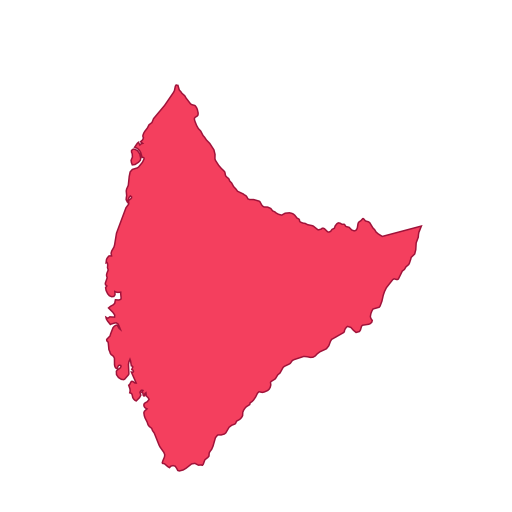 the border of Nampula, rotated 164°
{"feature_id": "MOZ-1200", "entity_name": "Nampula", "entity_type": "Province", "adm_level": 1, "iso_a3": "MOZ", "parent_name": "Mozambique", "parent_adm1": "", "projection": "equal_earth", "projection_center": [39.254, -15.162], "detail": "fine", "context": "isolated", "style": "filled", "palette": "rose", "viewbox_px": 512, "rotation_deg": 164, "n_neighbors": 0, "source": "natural_earth", "source_scale": "10m", "svg_char_len": 6127}
<svg xmlns="http://www.w3.org/2000/svg" viewBox="0 0 512 512"><g transform="rotate(164 256 256)"><path d="M397.5,76.4L398.9,77.9L401.3,81.6L403.0,82.4L403.1,83.1L402.0,84.8L399.4,88.0L398.5,90.1L398.7,92.6L400.9,98.9L401.3,100.9L402.6,113.8L403.6,116.7L403.8,119.1L405.6,121.6L406.3,123.5L406.4,126.3L407.3,131.0L407.4,133.3L407.0,136.2L406.1,137.5L402.9,139.1L403.8,139.9L404.6,140.9L405.0,142.2L404.9,143.7L404.1,144.9L403.0,145.4L400.7,145.9L398.3,147.7L398.8,149.6L400.0,151.8L399.5,154.9L400.7,154.4L401.6,152.3L402.3,152.3L402.8,153.2L402.5,155.4L403.4,156.4L401.7,157.9L402.6,158.5L403.4,158.5L405.1,157.1L405.1,153.9L407.1,151.9L411.1,149.7L412.1,150.6L413.0,152.1L413.5,153.8L413.3,157.1L413.7,158.3L415.1,159.3L414.2,160.9L413.8,163.0L414.0,166.9L412.9,167.3L410.9,169.4L410.1,169.8L409.0,169.4L407.4,167.3L406.2,166.9L407.8,178.8L406.4,178.2L405.6,178.8L405.7,180.1L406.7,181.1L405.0,183.3L405.5,184.5L406.1,184.8L405.5,189.8L405.6,191.5L407.3,189.4L408.5,186.9L410.7,177.7L411.4,176.9L416.2,173.8L417.3,173.6L419.5,174.6L421.7,177.1L422.8,180.4L422.0,183.7L420.9,184.6L417.2,185.9L416.1,187.2L416.2,188.1L417.1,188.6L418.3,188.6L419.2,187.8L419.9,186.7L420.7,186.2L421.7,187.0L422.1,188.5L422.0,190.4L420.3,196.6L420.4,197.8L421.1,199.6L422.4,201.1L422.9,202.7L422.9,204.2L423.2,206.6L421.9,213.6L422.0,214.1L422.8,215.6L422.6,216.8L422.2,217.2L418.3,219.4L417.3,221.1L413.3,226.4L412.0,227.3L410.5,227.9L409.1,228.0L408.4,227.4L407.5,224.1L406.6,222.8L407.0,226.9L407.4,228.8L408.8,230.3L410.1,230.5L414.0,230.5L414.9,230.3L416.6,234.4L417.2,236.8L417.1,238.5L415.9,237.2L415.1,237.1L413.3,237.8L408.8,236.2L408.1,238.2L409.1,241.3L412.1,246.7L409.6,247.8L407.1,248.3L404.9,249.4L403.2,252.7L400.4,251.6L398.8,251.5L397.6,251.9L397.2,253.0L396.5,256.9L396.0,258.5L398.9,259.1L400.3,259.8L401.5,260.8L402.2,257.6L403.8,256.3L405.9,256.6L407.9,258.2L409.0,260.6L409.6,264.1L409.3,267.1L407.6,268.3L408.6,269.9L408.4,271.3L405.4,275.6L405.0,276.3L405.1,278.0L404.9,279.0L404.0,280.6L402.0,283.2L401.9,284.0L402.0,285.7L401.1,288.0L400.8,289.6L401.0,290.8L402.0,290.7L400.8,293.6L399.9,294.8L397.6,296.5L396.8,296.5L394.8,295.9L394.5,298.7L393.3,300.6L390.1,303.7L388.9,305.6L383.8,316.4L367.7,338.2L364.3,340.8L363.8,341.8L363.3,344.4L360.6,345.5L359.6,346.2L359.3,347.2L360.2,348.4L362.0,347.2L364.8,343.4L365.3,345.9L364.6,347.8L363.7,349.6L362.8,354.3L361.9,356.0L359.3,359.1L355.9,367.5L353.8,371.5L351.0,373.3L345.8,373.4L344.3,373.9L339.3,377.4L336.9,380.1L336.7,380.6L336.8,381.5L337.4,381.9L338.3,382.1L338.3,387.3L338.9,389.6L339.9,391.5L341.2,393.0L342.7,394.0L339.1,397.0L337.7,397.7L337.1,394.7L335.5,395.5L333.9,395.5L335.5,397.7L333.3,398.7L332.5,399.4L331.6,400.7L331.8,401.5L331.7,402.4L331.4,403.2L330.0,405.1L328.4,406.6L325.1,409.0L322.7,411.6L319.4,412.9L318.7,413.6L316.6,416.3L302.4,425.9L290.2,436.0L288.8,437.5L286.7,441.5L285.6,442.4L284.1,441.5L284.1,441.9L284.0,441.7L284.0,436.7L282.9,434.5L282.4,432.9L280.3,429.6L279.7,427.1L277.0,420.3L276.0,419.2L273.4,417.6L273.0,417.1L272.3,415.2L272.0,413.2L272.2,409.6L272.5,408.4L273.2,407.2L274.1,406.7L276.2,406.1L277.1,405.5L277.5,404.6L277.6,402.6L277.1,397.7L276.3,394.4L274.7,391.3L273.7,386.4L272.7,384.3L271.7,381.2L269.4,376.9L267.3,370.0L267.2,369.5L267.4,364.9L268.6,361.1L268.7,359.9L268.5,358.7L266.9,353.4L265.2,349.7L263.6,347.0L262.9,345.5L262.9,344.3L263.1,342.3L263.0,341.1L262.4,340.0L261.0,338.0L260.8,337.2L260.6,335.3L259.3,332.9L258.4,328.9L256.8,325.8L255.9,323.3L251.0,319.0L250.5,318.1L249.1,316.8L248.5,315.4L248.0,313.1L246.7,312.1L242.7,310.9L237.9,307.9L237.3,307.2L236.4,303.2L235.7,301.9L234.7,300.9L231.3,299.8L228.7,297.6L227.6,294.8L225.7,293.2L224.8,291.8L223.0,290.0L220.1,288.2L216.2,289.1L211.9,288.3L209.8,287.1L208.6,286.1L207.5,284.5L206.1,281.1L204.6,279.7L204.3,278.6L204.5,277.4L204.0,276.4L201.7,274.6L199.8,273.8L197.8,271.9L193.8,269.8L192.7,269.0L189.3,264.2L188.8,263.9L185.8,263.9L184.9,264.4L183.9,264.3L182.7,263.4L180.7,259.9L180.0,259.1L179.3,258.9L177.5,259.1L175.6,260.6L173.0,261.1L171.6,263.1L169.4,264.7L168.1,265.1L167.5,265.1L165.9,264.2L164.7,262.8L162.5,262.2L162.0,261.4L161.7,260.0L161.3,259.5L158.6,257.9L156.8,254.6L155.0,253.3L154.4,253.0L153.3,253.1L152.4,253.4L151.2,254.6L150.7,255.4L149.1,258.8L148.3,259.9L147.5,260.4L145.3,261.1L143.1,262.5L142.6,262.4L142.1,261.7L141.2,259.6L138.5,257.9L137.5,256.7L135.9,250.8L134.7,248.6L134.0,246.0L132.4,243.5L129.2,240.0L88.8,239.2L93.0,233.7L94.0,231.6L94.8,229.4L98.4,224.5L100.7,218.0L102.9,214.2L107.2,211.9L108.2,210.2L110.6,206.7L111.6,205.7L114.9,204.2L117.0,202.2L119.5,201.2L125.5,194.6L126.5,194.4L127.5,194.7L129.5,196.0L131.1,195.6L139.4,189.6L142.2,186.5L144.5,183.2L147.4,177.9L150.5,173.7L151.7,172.8L158.1,172.8L159.6,171.4L161.5,168.9L162.8,166.2L162.8,164.3L162.0,162.0L163.0,160.4L164.8,159.5L166.4,159.3L172.7,160.1L173.9,159.4L176.0,156.1L177.4,154.9L180.9,154.9L182.8,157.7L184.5,161.2L187.4,163.1L188.7,162.6L190.2,161.5L191.4,160.1L191.9,159.0L192.7,158.3L206.3,155.0L208.0,153.4L210.8,149.6L213.9,147.4L221.0,146.3L224.1,145.1L226.6,143.6L229.1,143.0L231.6,143.5L234.6,145.1L237.8,146.3L248.0,145.9L249.9,145.5L252.6,143.4L253.8,143.0L259.2,142.1L260.7,141.4L265.2,136.9L267.8,135.8L271.3,132.6L276.1,131.2L276.9,130.6L277.3,128.0L278.5,125.9L280.0,124.4L281.8,123.5L285.4,123.0L287.5,123.1L290.5,124.7L292.4,123.7L295.2,120.6L298.1,118.2L299.9,117.2L302.2,116.4L303.0,114.9L306.8,113.8L308.5,112.8L310.3,111.3L311.8,109.4L312.9,106.2L314.1,105.0L315.5,104.0L316.8,103.4L320.2,102.6L321.9,100.6L322.7,100.3L326.0,100.0L329.1,98.8L333.8,94.3L335.5,93.6L338.9,93.6L341.4,94.4L342.4,94.4L345.1,92.5L349.7,85.1L351.9,82.4L354.2,80.7L355.3,79.5L356.4,76.6L357.9,75.6L361.3,74.2L364.1,70.4L365.2,69.6L365.6,69.7L366.0,70.2L369.0,70.8L371.9,73.5L375.2,73.9L381.9,71.2L385.0,70.4L388.9,70.5L390.3,71.4L390.8,73.8L391.6,76.2L393.5,77.4L395.7,77.5L397.5,76.4ZM347.1,377.3L349.8,377.7L350.0,380.2L349.7,382.4L347.5,385.2L346.8,388.4L347.0,390.3L346.5,391.8L344.5,392.6L342.8,391.8L340.8,389.7L339.6,386.0L339.9,381.8L340.8,379.9L343.1,378.5L347.1,377.3Z" fill="#f43f5e" stroke="#9f1239" stroke-width="1.5"/></g></svg>